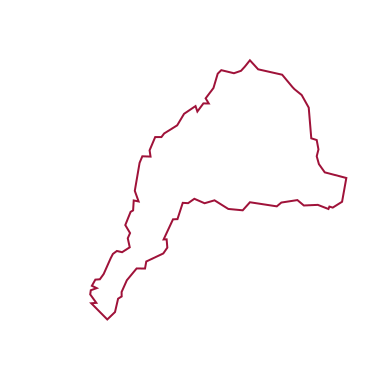 Marion, South Carolina, United States of America, rotated 58°
{"feature_id": "52423323B89464999427747", "entity_name": "Marion", "entity_type": "district", "adm_level": 2, "iso_a3": "USA", "parent_name": "United States of America", "parent_adm1": "South Carolina", "projection": "mercator", "projection_center": [-79.345, 33.998], "detail": "fine", "context": "isolated", "style": "outline", "palette": "rose", "viewbox_px": 384, "rotation_deg": 58, "n_neighbors": 0, "source": "geoboundaries", "source_scale": "gbopen_adm2", "svg_char_len": 1210}
<svg xmlns="http://www.w3.org/2000/svg" viewBox="0 0 384 384"><g transform="rotate(58 192 192)"><path d="M113.7,80.8L115.2,86.2L113.5,93.5L104.2,102.6L105.3,107.5L115.2,118.7L119.8,130.8L125.8,130.9L122.9,135.4L126.6,144.8L121.0,143.5L121.5,157.3L127.6,169.2L127.6,184.6L129.2,188.8L125.9,194.1L134.2,205.9L140.0,208.4L135.4,215.2L139.5,221.0L160.7,239.9L171.7,242.3L168.3,245.9L176.4,251.7L176.3,254.6L184.7,266.1L194.0,266.3L197.2,271.0L205.9,274.1L206.0,283.2L202.2,287.0L202.6,291.9L205.1,296.1L214.7,310.3L217.2,316.4L215.1,320.4L218.5,326.6L223.0,323.8L221.7,329.9L224.9,332.6L235.3,331.9L233.0,336.4L255.2,331.4L253.0,320.9L243.3,311.2L243.3,307.0L239.5,304.7L232.3,294.0L227.5,279.5L232.0,272.4L226.7,267.6L228.9,248.9L226.1,242.4L218.7,238.6L217.2,241.2L205.1,222.6L207.3,218.7L196.3,205.6L199.4,201.2L199.0,193.6L208.2,187.3L211.0,177.3L225.6,170.2L234.4,158.7L231.4,148.3L249.1,127.7L248.3,121.8L254.7,106.9L262.7,104.3L269.6,92.1L278.7,85.3L277.2,83.2L279.8,80.9L279.8,69.9L261.9,53.7L245.7,69.0L235.6,69.6L227.8,67.3L222.9,62.2L214.0,58.7L209.7,62.4L182.3,48.3L167.9,47.6L159.2,50.6L156.3,51.2L140.3,53.4L123.0,70.9L111.0,73.1L113.7,80.8Z" fill="none" stroke="#9f1239" stroke-width="2"/></g></svg>